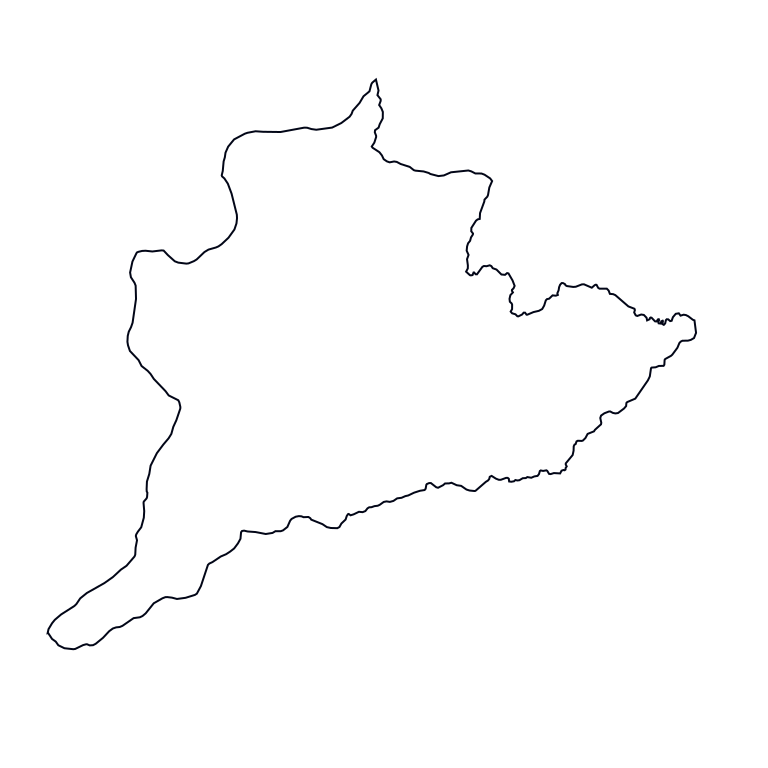 the district of La Celia, Risaralda, Colombia, rotated 277°
{"feature_id": "7082276B6796098252529", "entity_name": "La Celia", "entity_type": "district", "adm_level": 2, "iso_a3": "COL", "parent_name": "Colombia", "parent_adm1": "Risaralda", "projection": "albers", "projection_center": [-76.011, 4.98], "detail": "fine", "context": "isolated", "style": "outline", "palette": "ink", "viewbox_px": 768, "rotation_deg": 277, "n_neighbors": 0, "source": "geoboundaries", "source_scale": "gbopen_adm2", "svg_char_len": 6140}
<svg xmlns="http://www.w3.org/2000/svg" viewBox="0 0 768 768"><g transform="rotate(277 384 384)"><path d="M685.2,338.9L681.6,335.6L680.0,334.9L672.7,333.9L667.1,328.6L660.0,325.5L651.5,319.7L648.1,318.9L645.1,317.3L637.8,309.8L632.2,301.3L628.1,285.8L628.2,280.9L629.0,276.4L628.7,273.5L621.5,250.6L619.6,233.3L619.2,225.7L616.7,217.9L615.5,215.4L608.5,205.4L600.6,200.4L594.3,198.5L589.6,198.4L585.4,197.7L575.8,198.0L571.3,197.5L570.3,198.0L568.6,200.5L563.8,204.6L554.4,209.5L534.1,217.3L530.7,217.9L525.4,218.0L519.1,216.7L510.2,211.8L503.0,205.8L500.4,202.9L499.0,200.5L496.0,193.4L493.1,189.7L484.8,182.9L482.8,180.4L479.9,175.3L479.4,173.2L479.4,165.0L480.3,161.4L485.5,153.9L489.6,149.0L489.5,146.9L487.3,137.9L487.2,131.1L486.6,127.7L485.2,124.0L484.4,122.7L483.5,122.3L474.9,119.4L463.7,118.4L459.1,119.8L454.1,124.0L451.4,125.5L438.2,127.5L414.2,127.0L409.6,126.0L404.8,124.3L400.5,123.8L394.6,124.2L391.2,125.2L385.8,127.8L377.8,137.5L372.3,141.2L368.3,147.8L365.5,151.1L361.0,154.9L350.3,168.0L346.4,171.7L342.8,181.8L340.8,183.1L336.3,184.7L334.7,184.8L322.7,182.3L315.8,180.1L308.5,179.0L303.8,176.8L297.1,172.4L287.7,167.0L274.5,162.3L266.1,162.0L258.3,160.6L250.7,161.2L248.4,161.6L247.3,162.4L243.0,162.6L241.5,162.3L238.0,159.9L236.8,159.8L228.6,161.5L222.0,161.9L212.2,160.5L207.4,157.7L204.5,156.4L202.9,156.2L198.8,157.9L191.3,157.4L184.3,157.9L182.4,157.4L172.2,150.6L167.7,145.5L159.4,138.5L152.3,130.7L140.4,114.6L134.2,108.6L128.1,105.5L126.0,103.8L115.9,91.6L109.8,86.0L106.1,83.7L99.8,80.9L95.7,80.5L95.9,81.0L90.5,85.6L88.3,89.6L85.0,92.6L82.8,99.0L82.9,107.9L83.4,109.8L88.2,117.2L89.3,119.9L89.5,120.9L88.7,123.8L89.3,127.0L91.0,129.5L97.8,136.0L105.2,141.4L108.3,144.7L109.8,147.8L110.6,151.3L112.1,153.9L121.1,164.0L122.7,170.1L124.3,172.6L127.3,175.4L138.3,182.2L144.3,190.2L145.8,193.0L146.1,194.9L146.1,199.6L145.4,204.7L147.6,213.1L151.6,222.0L153.1,223.8L161.1,226.9L183.0,231.3L184.5,232.5L186.3,235.4L192.9,243.0L195.8,248.0L198.9,251.7L202.5,255.3L208.1,258.5L212.9,260.4L219.4,260.2L220.8,261.0L221.4,263.0L221.0,266.6L221.4,274.6L220.7,284.9L222.6,291.5L224.7,294.2L225.3,299.4L226.4,301.6L230.3,305.5L236.9,307.5L238.8,308.7L241.5,312.5L242.5,315.6L242.6,318.2L242.0,320.4L242.8,325.2L241.8,327.2L240.5,328.3L237.4,340.0L235.0,344.7L234.6,348.8L235.2,355.2L236.6,357.2L240.3,358.7L244.8,362.4L248.4,363.1L250.4,364.1L250.7,364.8L249.6,366.8L250.9,369.7L254.1,374.7L254.2,378.4L255.6,381.0L258.6,382.8L259.8,384.3L260.2,386.6L261.6,389.4L262.4,392.6L263.5,394.4L266.9,398.1L267.8,400.8L267.7,404.2L269.1,407.6L272.1,411.0L273.2,415.3L275.3,418.8L276.3,421.6L279.8,427.1L282.4,432.7L283.7,437.2L285.1,438.1L289.1,438.3L289.9,438.7L291.2,440.9L291.4,442.6L287.9,448.4L287.6,450.3L290.8,455.0L292.7,456.7L293.3,460.7L294.2,463.0L292.4,468.5L292.3,473.0L289.3,478.7L288.7,481.9L288.8,486.8L289.1,487.8L299.3,497.0L300.9,499.0L302.5,500.0L304.8,500.3L305.9,502.0L303.7,506.6L302.9,509.7L303.2,511.7L305.7,516.6L305.9,518.2L305.2,519.4L302.5,520.1L302.5,522.3L303.3,524.9L304.7,526.1L304.5,528.1L305.0,530.1L307.4,533.2L307.9,536.2L309.1,537.6L308.9,541.6L310.6,544.5L311.5,547.6L313.5,548.8L316.6,549.3L317.3,550.1L317.1,552.5L318.1,555.7L317.7,556.6L314.9,558.8L314.9,560.4L316.3,563.5L316.7,569.7L319.6,570.8L320.5,572.6L320.4,573.8L321.2,574.6L322.7,574.5L324.5,575.4L326.2,574.2L327.4,574.1L336.5,579.9L340.9,580.3L345.3,579.9L347.1,580.5L347.7,581.5L350.5,582.1L351.3,583.3L351.6,587.2L352.1,588.3L354.9,590.5L359.3,592.2L362.6,598.2L364.3,599.0L370.4,604.3L372.0,604.4L376.6,602.8L379.1,603.3L381.8,606.3L384.1,610.6L384.3,611.9L383.2,614.7L383.0,617.3L383.7,619.8L388.9,625.2L391.6,627.0L394.7,626.9L395.7,627.6L400.1,635.2L419.8,645.5L423.9,646.9L432.2,647.1L432.9,647.6L433.7,651.6L435.4,654.6L436.1,659.3L437.3,659.9L442.1,659.6L443.1,660.1L447.0,665.5L448.3,666.6L455.7,670.8L460.7,672.2L462.2,673.3L463.3,674.9L464.1,680.5L465.2,683.2L467.4,686.1L472.8,687.5L485.0,684.4L485.4,682.7L488.3,677.8L489.2,675.3L489.3,673.0L488.0,670.0L490.1,668.0L489.2,665.0L485.5,662.6L481.8,661.8L481.3,660.4L482.8,658.2L482.7,656.7L481.7,656.0L478.4,655.7L476.8,654.5L477.4,653.0L480.4,653.2L480.8,652.9L480.1,651.7L477.7,651.0L477.7,649.2L478.9,648.7L480.9,649.3L481.8,648.8L481.5,648.0L479.3,646.9L479.2,645.4L482.4,641.5L482.5,640.6L482.0,640.0L480.6,639.7L479.2,637.4L481.8,636.5L484.2,633.5L484.3,630.8L482.4,627.1L482.8,625.5L485.5,623.6L488.0,624.0L489.2,623.4L490.8,617.1L500.4,602.8L501.1,600.5L501.0,597.2L504.1,595.6L505.8,593.5L504.9,586.2L505.6,584.8L508.3,582.9L508.4,582.2L507.8,581.1L504.9,578.5L507.3,570.4L507.0,568.3L503.9,562.5L503.4,560.0L503.5,553.6L504.1,552.2L505.2,551.4L506.0,549.3L505.8,548.0L504.0,546.7L501.4,546.0L498.3,545.9L495.2,545.0L493.6,545.7L492.6,543.8L492.5,540.5L488.8,537.5L488.1,535.4L486.7,534.4L481.3,533.4L477.7,531.9L475.5,528.8L473.6,523.6L470.3,517.9L470.2,517.0L472.0,515.3L471.8,513.9L469.8,512.6L467.5,509.1L467.5,508.1L469.2,506.0L469.8,502.5L471.3,500.9L473.9,502.0L478.4,501.5L479.5,500.9L481.0,498.9L483.8,498.2L487.6,498.6L490.6,500.8L492.1,499.6L493.1,499.6L494.7,500.9L497.3,501.7L502.4,499.0L508.9,494.1L509.1,492.7L507.1,490.8L507.0,487.2L511.3,481.7L512.2,477.8L514.1,476.2L514.7,474.5L513.4,471.4L513.3,468.8L512.3,467.4L504.2,462.9L504.1,461.6L505.7,459.8L505.6,459.3L502.9,458.6L502.4,457.0L502.5,456.0L505.5,451.8L508.9,453.1L511.9,452.8L518.0,451.2L522.4,452.2L526.4,449.8L530.7,449.7L533.9,450.3L536.6,452.0L540.1,452.5L543.2,454.0L544.2,454.0L546.2,452.0L549.6,451.7L557.3,455.4L558.8,456.9L559.5,458.9L565.3,458.5L577.3,461.3L579.3,461.3L582.5,463.7L584.2,464.2L591.9,464.6L598.6,466.6L601.0,464.3L604.0,458.3L604.8,455.1L604.1,449.0L605.7,444.7L606.2,441.7L602.3,424.7L598.3,418.0L597.0,412.7L598.1,404.4L598.9,402.7L599.8,397.4L599.6,389.1L599.9,387.5L602.6,383.1L604.4,373.7L606.0,369.6L606.1,366.9L604.7,362.6L605.3,359.8L607.1,356.3L610.6,354.1L613.5,351.2L617.1,343.9L618.2,342.9L622.4,345.0L628.2,346.1L629.5,345.9L632.7,344.2L634.8,344.2L637.8,347.4L641.4,348.1L647.5,350.4L653.9,349.7L657.3,347.8L660.3,345.2L664.6,346.2L666.2,346.0L669.9,342.3L674.6,342.8L685.2,338.9Z" fill="none" stroke="#020617" stroke-width="2"/></g></svg>